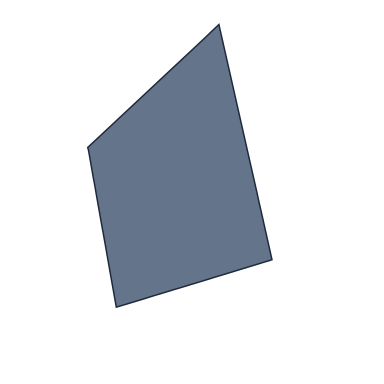 Al Ghayl, Al Jawf, Yemen, rotated 137°
{"feature_id": "15242507B85587651128626", "entity_name": "Al Ghayl", "entity_type": "district", "adm_level": 2, "iso_a3": "YEM", "parent_name": "Yemen", "parent_adm1": "Al Jawf", "projection": "robinson", "projection_center": [44.71, 16.09], "detail": "fine", "context": "isolated", "style": "filled", "palette": "slate", "viewbox_px": 384, "rotation_deg": 137, "n_neighbors": 0, "source": "geoboundaries", "source_scale": "gbopen_adm2", "svg_char_len": 681}
<svg xmlns="http://www.w3.org/2000/svg" viewBox="0 0 384 384"><g transform="rotate(137 192 192)"><path d="M179.7,87.9L170.4,103.8L164.6,113.7L158.2,124.6L148.0,142.1L145.0,147.1L126.5,178.9L118.5,192.6L59.9,293.1L58.1,296.1L67.0,296.1L78.3,295.9L230.8,295.7L232.5,295.7L237.5,295.7L237.9,295.7L239.5,292.7L256.1,267.2L256.5,266.4L266.5,251.1L282.9,225.8L283.5,224.8L285.4,221.8L285.7,221.4L291.5,212.4L296.9,204.1L301.0,197.8L302.0,196.3L304.2,192.9L308.6,186.1L325.9,159.4L321.9,157.4L297.2,145.3L291.1,142.4L281.4,137.6L275.5,134.7L270.9,132.5L270.1,132.1L268.2,131.1L255.3,124.8L253.1,123.7L234.0,114.4L179.7,87.9Z" fill="#64748b" stroke="#1e293b" stroke-width="1.5"/></g></svg>